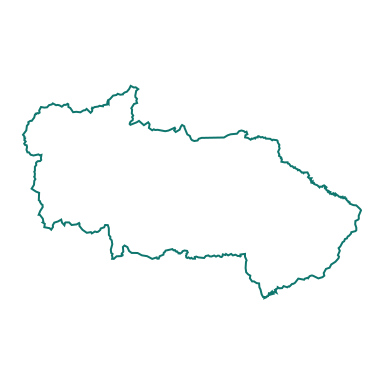 outline of Wiang Sa, Nan, Thailand
{"feature_id": "78962969B97017444217792", "entity_name": "Wiang Sa", "entity_type": "district", "adm_level": 2, "iso_a3": "THA", "parent_name": "Thailand", "parent_adm1": "Nan", "projection": "albers", "projection_center": [100.768, 18.56], "detail": "fine", "context": "isolated", "style": "outline", "palette": "teal", "viewbox_px": 384, "rotation_deg": 0, "n_neighbors": 0, "source": "geoboundaries", "source_scale": "gbopen_adm2", "svg_char_len": 5988}
<svg xmlns="http://www.w3.org/2000/svg" viewBox="0 0 384 384"><path d="M41.0,107.0L39.2,110.5L39.6,112.6L38.4,113.4L37.6,113.1L35.9,113.6L36.1,114.1L34.9,114.8L34.2,117.6L31.7,120.9L30.3,120.9L28.3,122.2L28.6,123.8L26.9,125.8L26.3,130.4L23.0,134.8L24.5,136.6L24.3,137.9L25.1,138.3L24.3,140.0L25.7,141.5L24.2,143.6L24.9,144.8L26.7,145.3L27.0,147.1L26.5,149.8L27.4,152.3L28.9,152.3L30.6,154.7L33.5,155.5L38.5,154.4L39.8,155.3L41.4,154.9L40.9,158.1L41.2,159.9L40.1,161.1L37.8,161.2L36.6,162.1L36.0,163.0L36.3,165.0L34.9,166.8L34.9,170.9L34.3,171.7L34.9,173.5L34.7,176.3L34.2,176.8L35.4,179.1L34.3,180.8L34.0,184.8L31.6,188.7L36.0,191.6L39.1,192.8L38.8,200.2L40.1,201.3L40.1,202.2L41.6,204.4L42.5,204.8L42.7,207.1L40.2,211.0L38.7,214.8L39.9,214.9L42.8,218.7L43.4,221.8L42.6,222.4L44.8,223.8L44.3,227.2L49.6,228.2L51.2,229.7L53.0,227.0L52.8,225.2L54.3,222.6L57.9,221.5L61.2,219.6L62.0,222.6L64.4,225.3L65.1,222.7L65.6,222.4L69.1,222.4L71.6,225.0L76.6,224.4L79.1,223.0L79.5,223.7L79.4,225.9L82.5,229.8L86.8,232.8L90.9,232.1L91.8,233.4L95.0,231.5L96.8,232.1L98.2,231.7L100.2,230.0L100.7,228.5L104.2,227.3L105.1,225.0L107.8,225.1L108.8,228.1L108.9,235.0L110.4,236.9L110.1,238.6L111.7,240.3L112.3,244.3L110.8,249.7L111.2,252.9L112.6,254.0L111.9,255.4L112.5,257.2L112.1,258.8L113.8,258.9L116.6,256.3L121.2,256.1L122.6,255.4L122.6,254.9L121.7,254.6L121.7,253.7L123.3,251.7L122.9,247.0L124.5,245.5L127.4,247.1L129.1,251.0L131.6,252.9L137.6,253.0L141.8,255.3L147.2,256.2L152.2,258.9L156.7,257.4L157.3,258.7L158.7,258.7L159.7,256.2L163.4,254.7L163.8,252.6L164.7,252.2L165.6,250.6L172.4,249.1L173.5,250.3L175.0,250.1L175.6,251.3L176.9,251.3L177.2,252.1L178.8,252.8L178.7,253.4L180.1,253.6L181.9,252.4L182.6,251.2L184.5,250.5L187.1,250.9L187.8,252.5L186.5,253.6L186.7,254.5L186.0,255.6L186.3,257.4L187.3,258.0L188.5,257.4L190.1,258.5L191.3,257.8L192.5,258.7L195.0,258.7L194.8,257.0L196.3,256.6L198.4,257.4L204.1,258.0L205.8,256.0L208.4,255.4L209.5,256.3L211.4,256.5L214.2,255.5L216.0,256.6L217.7,255.7L219.0,255.7L220.3,256.8L221.6,257.0L222.4,256.3L222.8,254.4L225.4,255.0L226.0,254.0L228.2,255.4L231.1,253.9L232.9,255.4L235.5,254.7L237.8,256.0L239.2,255.9L240.2,256.5L240.7,256.1L240.5,254.5L245.0,253.9L245.0,256.7L246.6,260.4L246.0,261.8L245.6,268.0L246.2,272.3L248.3,274.5L250.3,275.6L249.9,278.3L252.1,281.4L254.0,281.4L256.6,283.1L259.1,283.4L259.4,287.3L260.5,289.5L261.7,294.5L263.1,297.0L264.6,297.0L264.4,298.1L266.5,297.2L266.9,296.3L268.1,296.1L269.0,293.2L269.4,293.3L269.2,295.0L270.8,294.5L270.3,293.1L272.0,291.5L272.6,294.0L273.7,293.7L273.1,292.5L274.4,291.6L276.3,292.6L275.2,290.1L275.9,290.2L275.9,289.2L277.6,288.4L277.7,287.2L279.5,288.3L282.1,288.1L283.6,286.1L287.3,287.3L288.5,286.4L289.4,286.6L292.1,283.9L293.4,283.8L295.0,282.8L298.3,278.6L304.1,279.7L304.8,278.7L307.5,277.8L308.1,278.3L309.6,276.2L311.5,275.5L312.7,275.6L318.4,278.4L322.4,277.2L324.3,275.7L323.7,273.1L326.0,268.9L329.6,267.7L331.2,264.5L335.4,261.8L338.5,258.3L339.0,256.6L337.9,255.2L339.8,250.8L338.6,248.1L340.3,246.5L342.6,242.2L344.2,241.2L344.9,239.1L346.9,238.4L347.7,236.5L349.0,235.8L351.0,233.6L351.3,232.2L355.5,231.1L356.3,230.2L356.3,227.6L355.2,224.3L355.4,221.0L358.2,219.6L358.8,218.8L358.7,215.8L361.0,210.3L360.3,209.2L356.3,205.4L353.3,205.1L349.7,203.6L349.7,202.4L348.6,202.2L348.7,201.6L347.2,200.6L346.0,199.1L346.2,198.5L345.4,198.1L343.8,198.2L344.0,197.7L343.3,197.7L343.7,197.3L342.3,197.4L342.3,196.8L340.7,197.4L340.5,196.8L339.2,196.8L337.9,195.5L336.8,194.9L336.2,195.2L336.4,194.7L335.6,194.4L335.9,194.0L335.3,193.5L334.9,194.4L334.1,193.9L333.9,194.8L332.6,194.1L332.7,193.5L331.4,194.1L330.3,193.4L330.4,192.0L329.5,192.0L329.4,192.6L329.1,192.1L328.3,192.3L327.8,191.8L328.4,190.8L326.5,190.1L325.7,188.5L326.5,187.3L325.9,186.8L326.0,187.5L324.9,188.0L324.8,186.2L324.0,185.4L322.6,186.0L322.3,186.8L320.0,186.6L319.5,187.4L317.4,185.3L314.1,184.0L313.9,182.9L312.7,183.0L312.7,181.4L311.3,182.4L311.1,181.8L311.6,181.0L310.6,180.2L311.1,179.1L310.4,179.4L309.9,178.8L310.6,178.2L309.1,178.2L308.0,177.1L309.1,175.6L307.5,172.4L304.2,172.5L303.6,173.2L302.8,172.4L301.9,172.6L299.4,170.0L297.9,170.2L297.9,169.5L295.2,168.2L294.9,167.3L293.8,167.8L292.5,166.3L290.8,166.2L289.1,163.8L287.9,163.5L287.6,162.3L284.5,162.4L281.4,161.7L281.9,159.3L280.9,158.4L281.3,157.8L280.6,156.9L279.0,155.9L279.3,154.4L278.1,151.8L279.6,148.4L279.0,146.5L279.4,145.0L277.8,142.5L277.6,140.9L276.8,140.2L273.0,139.7L272.2,140.3L270.2,138.8L265.9,138.6L265.3,137.6L263.9,137.9L262.4,137.0L260.8,137.4L258.7,136.2L257.9,136.4L257.7,137.4L256.2,137.3L255.2,138.5L254.6,137.9L252.5,138.9L251.7,138.6L250.7,139.7L247.8,137.9L245.1,137.4L245.4,135.3L247.4,134.2L246.5,131.7L245.1,132.3L243.8,131.1L241.4,130.5L239.1,131.2L237.0,133.7L230.6,134.3L227.7,135.3L224.0,137.5L201.5,137.9L198.7,138.8L197.6,140.5L194.3,141.0L192.1,140.2L191.0,139.0L189.8,135.9L187.3,134.4L184.5,127.7L184.3,126.3L182.1,125.0L180.9,126.5L179.6,129.7L175.7,132.0L174.2,130.4L175.2,128.6L174.7,127.7L168.4,130.6L165.2,131.2L157.6,129.8L155.1,130.0L153.8,129.3L152.2,130.3L148.9,127.9L149.6,124.3L148.2,122.3L143.9,125.2L139.0,120.9L136.5,122.4L130.4,124.8L129.7,124.1L129.8,123.2L130.6,121.6L132.7,120.1L132.9,118.5L132.1,117.1L133.2,115.6L131.8,113.4L132.1,109.6L131.3,108.3L134.0,104.0L137.1,103.0L136.3,100.7L137.0,98.8L135.4,97.1L135.3,95.5L136.2,90.8L138.2,89.1L135.7,87.3L133.8,87.5L130.7,85.9L129.1,89.1L126.9,91.7L124.6,92.5L123.1,93.7L122.9,94.4L120.2,94.7L117.7,93.8L116.4,95.0L113.1,95.6L110.0,99.1L107.9,100.3L107.8,100.9L108.6,101.2L108.6,104.1L107.3,102.9L107.0,104.6L104.0,105.0L103.2,105.3L103.0,106.3L99.4,105.8L98.4,106.5L94.5,107.1L93.0,108.1L92.2,107.7L91.8,108.7L92.3,109.7L92.1,111.2L90.6,112.8L86.6,108.9L85.2,110.2L83.5,110.4L80.4,112.3L76.2,111.8L73.1,112.2L70.3,108.0L68.4,107.0L68.3,104.3L67.6,103.8L65.8,104.9L64.1,104.8L61.8,106.7L59.4,105.3L57.6,104.9L56.1,105.2L52.8,103.4L51.7,104.5L49.1,105.1L47.1,107.3L44.4,107.6L41.0,107.0Z" fill="none" stroke="#0f766e" stroke-width="2"/></svg>